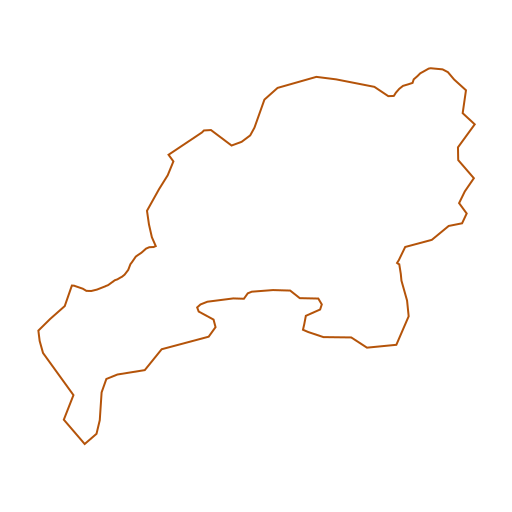 outline of Koulikoro, Koulikoro, Mali, rotated 184°
{"feature_id": "8926073B42356193702634", "entity_name": "Koulikoro", "entity_type": "district", "adm_level": 2, "iso_a3": "MLI", "parent_name": "Mali", "parent_adm1": "Koulikoro", "projection": "orthographic", "projection_center": [-7.329, 13.238], "detail": "fine", "context": "isolated", "style": "outline", "palette": "amber", "viewbox_px": 512, "rotation_deg": 184, "n_neighbors": 0, "source": "geoboundaries", "source_scale": "gbopen_adm2", "svg_char_len": 1773}
<svg xmlns="http://www.w3.org/2000/svg" viewBox="0 0 512 512"><g transform="rotate(184 256 256)"><path d="M183.1,179.8L155.3,181.4L138.9,172.3L109.8,177.2L99.5,206.5L102.2,222.1L109.2,241.6L110.3,248.2L112.5,257.7L113.9,258.3L114.8,258.9L113.3,261.7L107.8,275.4L81.7,284.4L65.9,299.4L52.7,303.0L48.8,313.1L57.1,322.9L52.2,335.0L44.1,348.8L60.9,365.7L61.1,367.1L62.1,378.5L47.0,402.6L59.8,412.9L58.1,436.0L65.1,441.5L70.7,445.9L77.4,452.8L82.9,455.2L91.4,455.4L94.8,455.5L96.8,455.0L102.1,451.5L104.9,449.7L107.5,446.7L111.0,443.2L111.9,439.6L115.6,438.1L115.8,438.0L118.5,437.0L119.8,436.5L121.2,436.0L124.5,433.0L124.8,432.7L126.4,430.6L127.9,428.6L129.6,425.4L130.3,425.2L135.2,424.7L149.7,433.0L188.4,437.8L208.3,438.9L246.2,425.2L258.5,412.6L266.5,383.9L270.2,375.9L278.3,368.9L288.1,364.5L309.7,378.5L316.7,377.6L318.5,375.5L350.3,350.9L345.0,344.6L349.7,330.4L357.4,315.9L367.9,293.5L365.0,280.1L361.2,267.5L356.7,258.9L358.8,257.8L359.9,257.7L363.1,257.3L366.2,255.7L369.7,252.1L370.6,251.2L374.1,248.5L375.9,247.0L379.3,241.2L380.7,239.1L382.5,233.2L385.8,228.2L388.4,225.8L389.5,225.2L392.7,223.0L395.1,222.0L401.3,216.8L401.7,216.5L403.7,215.6L404.1,215.3L412.3,211.4L417.9,209.6L422.8,209.4L426.5,211.3L429.9,212.2L434.4,213.4L435.4,213.7L437.6,213.7L437.8,213.0L443.3,192.7L456.8,179.0L467.9,166.4L465.9,156.2L461.7,144.4L428.4,104.5L436.3,79.3L413.8,56.5L402.7,67.5L400.4,81.3L400.5,109.2L396.7,122.9L386.0,128.1L359.0,134.4L343.6,156.4L297.6,172.2L291.4,182.2L293.9,189.6L309.3,196.6L311.1,200.6L308.0,203.8L301.3,207.0L275.7,212.1L265.1,212.5L261.6,218.2L257.7,220.1L236.7,223.2L219.5,223.9L209.4,217.0L190.9,217.9L187.0,212.3L188.3,207.1L202.1,199.8L203.1,191.4L204.0,185.7L198.6,183.8L183.1,179.8Z" fill="none" stroke="#b45309" stroke-width="2"/></g></svg>